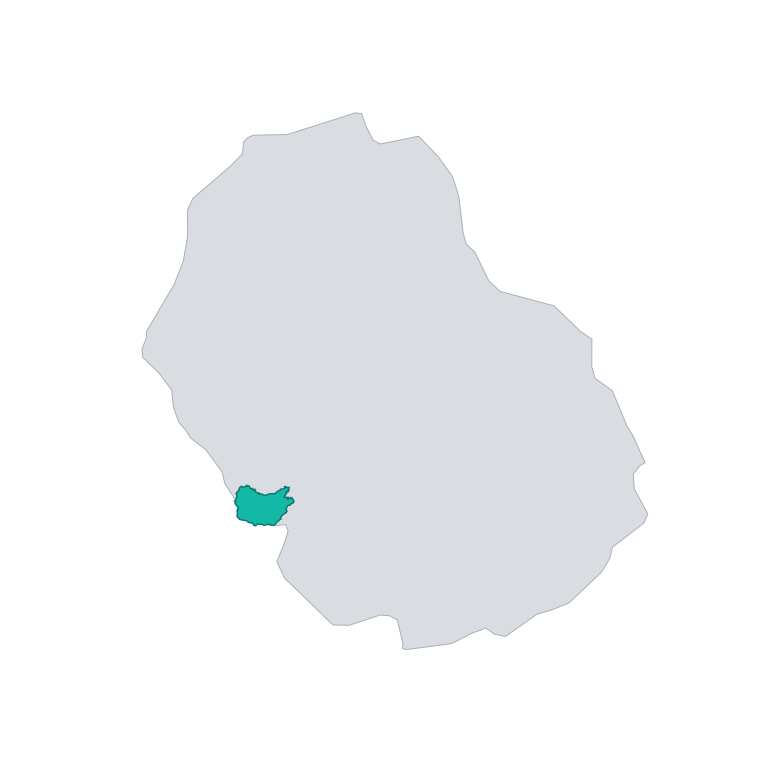 Chucher - Sandevo, Čučer Sandevo, North Macedonia (highlighted), rotated 249°
{"feature_id": "65306769B58175225548943", "entity_name": "Chucher - Sandevo", "entity_type": "district", "adm_level": 2, "iso_a3": "MKD", "parent_name": "North Macedonia", "parent_adm1": "Čučer Sandevo", "projection": "equal_earth", "projection_center": [21.395, 42.146], "detail": "fine", "context": "in_parent", "style": "filled", "palette": "teal", "viewbox_px": 768, "rotation_deg": 249, "n_neighbors": 0, "source": "geoboundaries", "source_scale": "gbopen_adm2", "svg_char_len": 2885}
<svg xmlns="http://www.w3.org/2000/svg" viewBox="0 0 768 768"><g transform="rotate(249 384 384)"><path d="M348.1,199.8L360.2,201.3L386.5,194.1L402.9,184.0L411.2,182.5L422.3,178.6L438.3,179.2L454.5,183.6L475.0,177.8L495.2,168.4L503.4,170.7L512.2,178.7L518.0,180.9L551.7,223.3L570.2,240.4L592.0,253.4L616.8,262.9L625.8,272.1L641.9,317.2L649.6,334.4L660.1,339.5L662.7,344.5L663.2,351.0L651.6,382.8L647.4,454.2L644.5,459.9L632.0,459.6L615.5,461.2L609.3,466.7L602.9,505.2L576.4,516.2L552.4,522.4L532.0,521.0L496.2,511.9L484.6,510.9L474.6,516.1L442.7,518.8L428.8,525.6L396.0,570.7L362.7,586.3L351.3,594.1L325.8,584.2L313.6,583.1L296.0,594.7L257.3,595.8L246.9,597.8L217.1,599.6L215.9,593.4L210.4,584.3L196.5,580.1L168.1,583.7L161.2,577.0L149.7,538.7L140.6,532.6L130.4,519.7L113.3,478.2L113.0,460.0L114.2,444.1L104.8,406.9L110.7,397.6L119.6,391.6L119.8,376.7L117.4,354.0L128.1,309.5L130.9,306.3L133.6,308.4L159.0,311.9L165.5,306.3L169.7,297.5L171.2,265.0L177.3,250.0L238.7,221.5L256.7,220.4L270.5,233.5L281.4,241.9L288.0,241.7L290.4,233.2L297.9,217.0L310.4,207.7L347.7,199.8L348.1,199.8Z" fill="#d9dde1" stroke="#a8b0b8" stroke-width="1"/><path d="M322.1,203.2L322.0,203.4L321.5,203.6L320.8,203.6L320.5,203.4L320.5,203.2L320.1,202.8L318.8,201.7L318.1,201.7L317.7,201.2L317.3,201.2L317.0,201.3L315.1,200.4L313.2,199.4L312.6,199.3L311.5,199.9L310.2,200.4L309.5,200.7L309.1,201.1L308.0,202.7L307.1,204.0L306.7,205.1L306.4,205.8L305.7,206.5L304.9,207.1L304.2,207.4L303.5,207.8L302.6,209.0L302.1,209.9L301.6,210.8L300.9,211.7L299.8,212.0L299.1,211.7L298.3,212.3L297.9,212.8L297.8,213.3L297.7,213.6L298.0,214.4L298.1,214.7L298.3,215.0L298.5,215.2L298.6,215.4L298.7,215.8L298.6,216.1L298.4,216.5L297.6,217.8L297.4,218.5L297.2,219.2L296.7,219.9L296.2,220.2L295.1,221.2L294.8,221.8L294.8,222.2L295.0,223.3L294.6,225.5L294.2,226.1L293.4,227.5L292.6,228.2L292.9,228.6L292.7,229.1L292.1,229.4L291.8,229.8L291.5,230.0L291.8,231.6L292.5,233.1L293.5,234.7L294.1,236.6L295.0,238.5L294.9,239.3L297.0,240.3L298.7,244.2L298.7,246.0L300.0,247.8L302.6,247.8L305.0,250.6L304.6,253.1L305.8,255.0L305.4,255.7L306.0,257.4L307.7,258.0L309.1,257.4L310.3,257.6L310.7,256.4L311.4,256.3L311.0,254.1L311.8,254.0L311.1,253.5L311.2,252.7L312.9,253.0L313.2,251.3L314.3,250.1L315.0,251.7L316.6,253.0L316.7,253.8L318.4,253.7L318.5,254.9L317.9,254.9L317.8,256.0L318.8,257.0L319.0,256.5L320.9,258.1L320.8,257.5L321.9,257.4L321.8,256.8L323.8,254.9L323.8,254.5L322.6,254.8L322.2,251.2L322.9,249.6L322.0,249.0L322.0,246.1L320.7,243.1L322.5,237.8L322.5,233.2L325.7,229.5L326.2,227.7L327.3,228.1L328.0,226.3L329.6,225.3L330.7,226.0L332.1,225.6L331.7,223.7L333.6,223.8L334.3,221.7L336.8,221.7L337.5,221.0L337.7,219.3L338.5,219.4L337.8,217.5L338.5,214.8L339.6,214.3L339.0,212.2L336.2,209.6L335.1,206.9L331.9,206.5L328.2,203.4L328.1,202.4L326.5,203.0L325.8,202.1L322.1,203.2Z" fill="#14b8a6" stroke="#0f766e" stroke-width="1.5"/></g></svg>